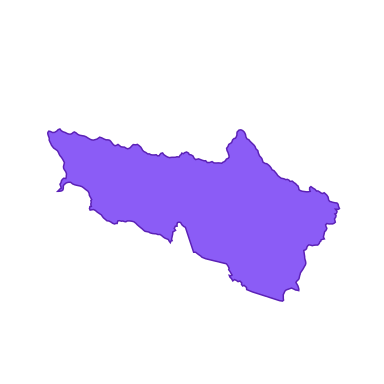 outline of Itaiópolis, Santa Catarina, Brazil, rotated 134°
{"feature_id": "56859067B3149054277416", "entity_name": "Itaiópolis", "entity_type": "district", "adm_level": 2, "iso_a3": "BRA", "parent_name": "Brazil", "parent_adm1": "Santa Catarina", "projection": "equal_earth", "projection_center": [-49.885, -26.509], "detail": "fine", "context": "isolated", "style": "filled", "palette": "violet", "viewbox_px": 384, "rotation_deg": 134, "n_neighbors": 0, "source": "geoboundaries", "source_scale": "gbopen_adm2", "svg_char_len": 5595}
<svg xmlns="http://www.w3.org/2000/svg" viewBox="0 0 384 384"><g transform="rotate(134 192 192)"><path d="M284.8,289.1L283.7,288.0L282.7,287.2L281.6,286.5L280.2,286.3L278.9,287.0L277.7,288.1L276.8,288.9L275.2,289.1L274.1,288.9L272.9,288.8L271.7,288.2L270.6,287.4L269.3,286.0L269.1,283.4L268.2,281.2L267.2,279.5L266.2,277.9L265.4,276.6L264.6,274.9L264.3,273.0L264.1,270.4L263.7,267.3L264.4,265.1L265.7,263.5L266.5,260.9L267.1,258.9L268.4,258.8L269.4,257.3L270.6,256.7L271.6,255.7L272.3,254.4L273.4,255.3L275.2,254.2L275.8,252.7L274.1,251.5L273.0,250.6L272.4,248.7L272.3,246.3L272.0,244.6L271.7,242.8L271.4,241.2L271.8,239.7L272.1,237.7L271.9,235.1L271.8,233.2L270.7,231.8L270.0,229.8L269.6,227.3L268.8,225.5L267.5,224.9L266.6,224.0L265.3,224.8L264.1,225.2L262.9,224.1L262.0,222.4L260.9,221.6L260.3,220.2L259.4,218.9L257.7,218.4L256.1,216.7L254.9,215.1L253.8,213.2L253.5,210.6L253.6,208.9L253.5,206.7L253.3,204.1L253.1,202.0L253.1,200.2L252.9,198.5L251.8,196.8L250.8,195.3L250.5,193.7L249.2,191.4L248.0,189.9L247.0,188.8L246.3,187.0L244.7,185.4L244.4,183.0L244.3,181.2L244.0,179.5L243.2,177.5L242.6,176.1L243.2,174.2L243.5,172.4L241.9,173.1L240.8,172.5L240.2,173.9L238.7,174.8L237.1,175.8L235.6,176.7L234.2,178.0L232.5,177.6L231.0,177.2L230.5,179.5L229.2,179.9L228.1,180.2L227.0,179.0L225.6,180.4L224.1,181.2L222.7,180.4L221.9,179.0L222.6,176.3L222.5,174.0L222.0,172.2L234.2,149.0L232.8,147.5L232.6,145.1L232.3,143.1L232.0,141.4L232.0,139.5L230.5,135.8L219.7,117.3L220.2,114.8L221.0,112.4L222.4,111.7L222.8,109.4L223.4,107.3L223.9,105.5L225.3,105.9L226.1,107.3L226.9,105.5L226.9,103.4L227.6,100.9L225.5,100.6L224.8,98.7L224.5,96.6L222.8,95.7L222.8,93.2L224.1,92.2L224.4,90.2L223.0,89.7L222.8,86.5L224.2,84.9L221.8,78.9L217.9,71.0L209.3,53.5L207.6,51.1L206.2,51.0L205.3,52.2L204.0,53.5L202.5,55.0L201.3,55.4L200.1,55.8L199.0,56.3L197.0,56.2L192.0,53.7L191.2,51.6L190.5,49.3L189.7,48.3L188.8,46.7L187.7,47.6L186.7,49.2L186.0,50.5L185.4,52.4L184.9,54.4L183.7,54.7L181.8,54.6L180.2,54.7L178.7,55.6L177.3,56.5L176.0,57.1L174.9,57.8L169.9,58.7L168.5,59.1L167.0,59.5L165.6,59.8L164.1,60.7L162.8,62.4L162.0,63.9L161.2,65.1L160.2,66.1L156.4,71.0L154.7,70.2L153.2,70.2L151.9,71.0L150.3,71.4L148.8,71.2L147.8,69.7L147.1,68.2L145.6,67.3L144.1,66.0L142.8,64.7L140.8,64.7L139.1,65.4L137.9,65.2L136.7,65.9L135.3,65.2L133.8,64.2L133.1,66.2L131.8,67.0L130.1,68.0L128.3,69.1L127.1,68.9L125.7,69.2L124.4,69.8L123.8,71.6L122.8,73.1L121.0,73.1L119.8,71.2L118.4,69.9L117.3,68.7L115.9,68.1L114.2,67.9L113.3,69.3L112.4,70.8L110.1,71.2L108.8,72.1L108.5,74.0L107.3,73.3L106.0,73.7L105.0,74.4L104.7,76.9L103.8,75.9L102.8,74.7L101.5,74.4L100.5,76.7L99.3,78.4L99.2,80.1L100.1,81.2L101.0,82.6L101.8,83.9L102.4,85.2L103.1,86.4L102.8,88.2L101.1,90.6L100.6,92.8L100.6,94.5L100.7,96.4L102.3,97.0L103.0,98.2L103.3,100.4L103.7,102.1L104.8,103.2L104.6,105.4L105.1,107.5L105.5,110.2L107.1,110.4L108.5,109.2L109.4,107.4L110.9,108.4L112.1,109.5L113.3,111.1L115.0,113.4L115.8,115.3L116.0,116.7L115.0,118.0L114.0,119.9L114.2,121.6L114.0,123.3L114.4,125.1L114.5,127.4L116.3,128.9L116.1,130.4L116.6,132.1L118.0,133.2L118.5,134.8L119.3,136.2L120.1,137.3L120.4,139.3L120.6,141.8L120.1,143.9L119.9,145.8L119.7,147.9L120.4,149.8L119.7,151.9L119.4,153.8L119.4,155.6L119.7,157.9L120.7,159.3L121.2,161.7L120.2,163.5L119.4,165.0L119.2,166.4L119.1,168.5L117.9,171.3L116.5,173.4L116.5,176.1L115.5,178.2L115.2,179.9L115.2,181.5L115.2,183.4L115.2,185.4L114.9,187.4L115.6,189.4L114.9,191.5L113.4,193.6L112.6,195.9L112.6,198.2L113.3,200.0L114.8,201.2L116.1,201.2L117.5,201.2L118.5,200.5L119.9,199.2L121.8,198.4L123.1,198.1L124.3,198.9L126.3,199.0L128.0,198.2L129.1,197.9L130.5,198.2L132.3,198.6L134.3,197.7L136.5,197.5L137.9,195.5L138.6,193.4L139.4,192.1L140.1,190.7L141.2,189.5L142.7,189.4L144.4,190.1L146.5,189.7L148.2,190.0L149.3,190.5L150.7,190.6L151.7,192.0L152.8,193.3L154.5,194.9L155.8,196.4L156.2,198.7L158.5,199.8L160.2,201.5L160.0,203.9L161.1,204.9L162.1,206.8L162.9,208.7L163.6,210.3L164.7,211.0L166.2,212.0L166.2,214.0L165.4,216.3L165.9,218.4L167.0,220.1L166.4,221.5L167.0,223.7L168.8,224.6L170.4,224.8L171.2,226.4L172.6,225.8L173.8,226.1L175.8,225.6L177.1,227.3L178.4,228.0L179.5,229.0L180.6,230.2L181.7,231.2L182.8,231.9L183.8,233.8L184.4,236.2L184.7,238.4L184.3,240.3L185.8,241.2L187.6,241.1L188.7,240.8L189.9,241.9L190.0,243.6L191.4,244.7L192.9,246.3L193.8,247.6L194.1,249.0L195.4,250.4L195.6,252.5L196.3,254.7L196.3,256.5L195.7,258.4L195.3,260.0L195.4,262.3L195.7,264.4L197.1,265.2L198.7,267.2L200.7,267.3L202.9,267.2L204.4,267.6L205.7,268.4L206.3,270.0L206.6,271.7L207.8,273.1L208.8,274.5L209.0,276.8L209.2,278.3L210.8,278.7L212.2,279.5L212.6,281.2L212.3,283.8L212.0,285.6L212.0,287.2L212.8,288.6L214.2,290.1L215.0,292.1L215.8,294.7L216.7,296.5L218.0,296.7L219.9,297.1L221.5,298.0L223.2,299.0L224.2,300.4L224.9,302.1L225.4,304.3L225.9,306.7L226.7,308.6L227.5,309.7L228.2,310.8L229.3,312.4L229.9,314.3L230.0,316.5L230.5,318.3L231.6,318.8L233.1,318.9L234.7,319.5L235.8,320.7L236.6,322.3L237.2,324.4L238.3,326.7L238.7,328.8L238.4,330.8L240.1,331.6L242.2,331.6L244.6,332.3L246.1,333.7L246.8,335.9L247.7,337.3L249.2,337.1L250.3,336.2L251.4,334.3L252.4,332.1L253.9,330.8L254.7,328.9L255.3,327.1L255.9,325.8L256.2,324.2L256.5,322.0L256.1,319.8L255.8,317.4L256.5,315.1L257.2,313.5L257.6,312.0L257.8,309.9L258.3,307.8L258.9,305.9L259.5,304.2L261.1,303.2L262.9,302.2L264.0,301.0L264.6,299.5L264.9,297.8L265.4,296.2L266.2,294.8L267.3,294.0L268.5,292.9L270.0,292.1L271.1,293.8L272.8,294.0L274.5,293.8L276.3,292.7L278.1,292.4L279.2,290.2L280.1,288.8L281.4,289.1L282.9,289.1L284.8,289.1Z" fill="#8b5cf6" stroke="#5b21b6" stroke-width="1.5"/></g></svg>